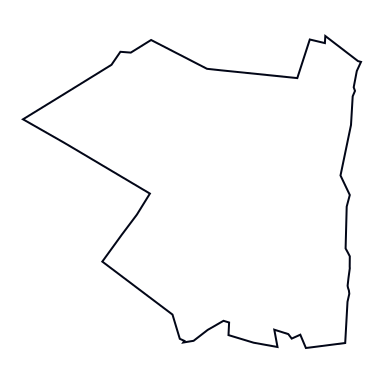 outline of Ulster, New York, United States of America
{"feature_id": "52423323B54966547945963", "entity_name": "Ulster", "entity_type": "district", "adm_level": 2, "iso_a3": "USA", "parent_name": "United States of America", "parent_adm1": "New York", "projection": "albers", "projection_center": [-74.186, 41.879], "detail": "fine", "context": "isolated", "style": "outline", "palette": "ink", "viewbox_px": 384, "rotation_deg": 0, "n_neighbors": 0, "source": "geoboundaries", "source_scale": "gbopen_adm2", "svg_char_len": 812}
<svg xmlns="http://www.w3.org/2000/svg" viewBox="0 0 384 384"><path d="M151.1,40.0L130.8,52.6L120.4,51.8L113.6,61.7L111.5,64.8L66.3,92.7L23.0,119.3L64.4,142.9L71.7,147.2L149.9,193.6L136.9,214.6L121.8,234.7L102.3,261.6L172.5,314.6L179.8,338.8L184.4,340.9L183.3,342.5L193.6,340.8L207.7,329.9L223.5,320.8L229.1,322.5L228.5,335.1L253.6,342.7L277.5,347.0L274.3,329.7L288.3,334.1L291.7,338.6L300.3,334.7L305.9,348.0L312.4,347.2L345.2,343.0L347.5,301.8L349.3,293.8L348.9,290.5L348.0,287.8L347.6,285.8L348.5,277.8L349.8,268.3L349.7,266.6L349.8,256.3L347.6,252.1L345.6,248.5L346.7,206.6L349.8,195.0L340.5,175.5L351.0,125.0L352.7,96.3L355.0,90.9L353.7,87.3L356.8,71.0L361.0,61.9L358.0,61.1L325.3,36.0L324.9,43.1L309.8,39.5L297.3,78.1L220.9,70.3L207.0,68.8L151.1,40.0Z" fill="none" stroke="#020617" stroke-width="2"/></svg>